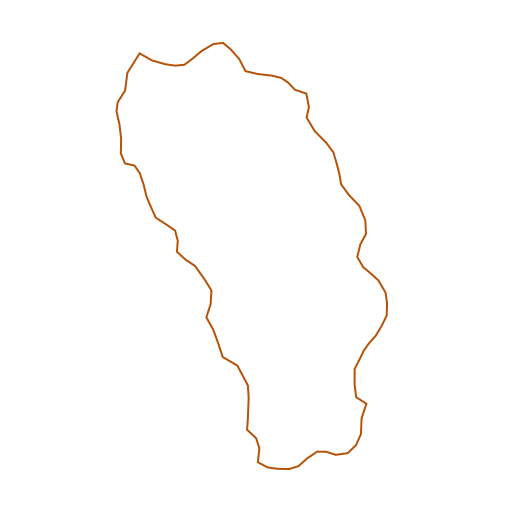 São Bento Abade, Minas Gerais, Brazil (orthographic projection), rotated 175°
{"feature_id": "56859067B95331954634045", "entity_name": "São Bento Abade", "entity_type": "district", "adm_level": 2, "iso_a3": "BRA", "parent_name": "Brazil", "parent_adm1": "Minas Gerais", "projection": "orthographic", "projection_center": [-45.073, -21.565], "detail": "fine", "context": "isolated", "style": "outline", "palette": "amber", "viewbox_px": 512, "rotation_deg": 175, "n_neighbors": 0, "source": "geoboundaries", "source_scale": "gbopen_adm2", "svg_char_len": 1300}
<svg xmlns="http://www.w3.org/2000/svg" viewBox="0 0 512 512"><g transform="rotate(175 256 256)"><path d="M131.0,185.2L129.6,197.2L130.1,208.1L136.1,220.9L144.0,229.4L150.1,235.4L155.2,246.2L151.0,258.6L144.5,268.3L144.0,282.1L148.7,297.0L157.9,308.4L164.9,319.8L165.8,330.3L167.6,341.1L169.9,352.6L176.1,362.6L186.7,375.4L193.5,389.5L190.3,399.8L191.7,413.4L202.7,418.2L208.7,425.8L215.3,431.2L224.5,434.3L238.7,437.2L250.4,441.1L255.5,453.6L263.2,464.1L270.2,471.1L280.0,470.9L292.4,464.9L303.0,457.5L310.8,452.7L320.1,452.7L329.8,455.0L342.8,460.0L354.3,468.0L368.2,449.6L372.0,432.2L380.3,421.3L382.4,412.4L380.6,399.4L380.1,384.9L381.7,370.0L378.5,359.7L369.1,356.6L364.4,348.3L361.7,336.7L359.9,324.9L357.1,316.0L352.6,303.0L341.9,294.6L334.4,288.4L332.6,278.0L334.4,267.1L326.6,258.6L317.5,251.3L309.0,236.7L303.4,225.5L305.4,211.9L310.8,199.2L305.0,186.2L301.3,172.6L298.0,158.3L284.1,148.4L279.5,137.6L275.3,127.5L275.7,115.1L278.0,96.7L280.0,83.7L271.7,74.4L269.4,64.0L272.1,50.4L262.9,44.4L252.8,42.1L241.6,40.9L232.2,42.9L222.5,50.0L212.1,55.8L203.2,54.9L194.0,51.0L181.8,51.6L172.8,58.9L167.0,69.4L164.9,85.3L158.9,99.2L168.5,106.6L169.0,119.2L167.6,134.9L161.6,144.4L156.9,152.3L151.0,159.3L143.6,166.2L137.1,175.2L131.0,185.2Z" fill="none" stroke="#b45309" stroke-width="2"/></g></svg>